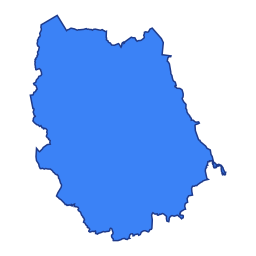 Assin South, Central, Ghana (Natural Earth projection)
{"feature_id": "2480657B73071492710762", "entity_name": "Assin South", "entity_type": "district", "adm_level": 2, "iso_a3": "GHA", "parent_name": "Ghana", "parent_adm1": "Central", "projection": "natural_earth1", "projection_center": [-1.29, 5.529], "detail": "fine", "context": "isolated", "style": "filled", "palette": "blue", "viewbox_px": 256, "rotation_deg": 0, "n_neighbors": 0, "source": "geoboundaries", "source_scale": "gbopen_adm2", "svg_char_len": 5768}
<svg xmlns="http://www.w3.org/2000/svg" viewBox="0 0 256 256"><path d="M106.4,231.5L108.8,231.3L109.8,230.4L109.8,229.3L110.4,228.3L111.0,228.3L111.9,229.0L113.1,232.8L112.8,234.0L111.6,235.2L111.6,236.6L112.0,237.6L113.2,238.9L113.3,239.4L113.1,240.1L113.3,240.6L118.0,240.6L121.3,239.5L122.2,238.8L124.0,238.5L124.8,238.5L125.4,239.1L127.3,239.5L128.2,238.6L129.8,238.3L129.1,237.5L129.9,234.8L130.9,233.9L132.5,233.8L133.0,234.7L133.0,235.8L134.0,235.7L134.9,234.6L137.7,234.0L138.3,234.4L138.7,235.3L140.3,234.5L141.3,232.1L143.6,230.8L145.2,230.7L148.2,231.9L148.8,231.6L149.9,229.6L151.4,229.3L151.9,228.3L152.3,219.8L151.6,215.3L152.3,213.4L152.9,212.7L154.5,213.9L155.5,214.1L157.1,213.8L157.3,214.9L157.8,215.2L158.7,215.1L159.6,214.2L160.6,214.4L162.4,213.5L163.6,213.9L166.5,216.3L166.4,218.6L166.9,221.1L168.6,221.7L168.8,221.7L169.2,219.6L169.1,218.7L169.6,217.4L171.4,215.7L172.3,215.6L174.2,216.2L177.3,215.2L178.2,215.6L178.9,216.5L179.5,216.7L181.6,218.8L182.4,218.0L182.9,218.0L183.2,217.5L183.3,216.0L183.1,215.5L182.6,215.3L180.1,215.0L180.1,214.0L179.7,214.0L179.8,213.4L180.5,212.7L180.4,212.1L181.6,211.0L182.6,210.6L184.0,209.5L185.5,209.2L184.7,206.3L185.1,204.0L186.4,202.7L187.6,202.3L187.1,198.5L188.4,196.2L188.7,195.8L192.5,195.1L191.8,191.4L191.6,188.3L192.5,186.2L194.3,186.2L195.6,185.5L196.8,185.6L197.7,184.6L201.1,182.2L202.1,181.8L202.9,181.0L204.8,180.2L208.2,179.4L206.9,178.5L205.3,171.2L205.5,168.8L206.1,168.2L206.1,167.6L206.7,167.2L206.3,166.4L207.0,165.2L207.7,165.2L207.4,164.3L207.9,161.7L209.0,161.7L209.3,161.1L209.7,161.3L209.8,160.8L211.1,161.0L212.3,160.4L212.6,161.8L213.0,161.6L213.1,161.8L212.3,163.0L212.7,163.6L213.1,163.6L212.8,163.9L212.8,164.5L213.6,165.2L213.4,166.3L213.8,167.0L214.5,167.3L214.0,167.7L214.2,167.9L215.9,167.7L216.3,167.4L216.1,166.1L216.4,165.9L217.0,166.4L217.6,165.6L218.1,166.2L219.2,165.6L220.5,165.9L221.5,166.5L221.2,167.9L221.3,169.9L221.6,170.3L221.4,171.0L222.0,172.4L222.4,172.7L222.0,173.3L222.1,173.8L223.2,173.6L222.9,174.7L223.7,174.5L224.2,174.7L224.6,174.3L225.0,174.8L225.5,174.2L225.4,173.4L225.7,172.3L224.8,172.2L223.3,169.1L223.0,167.8L221.3,165.4L218.8,164.3L217.3,164.8L216.9,164.7L215.5,163.8L214.9,162.9L213.5,162.0L212.2,156.5L211.0,154.4L210.3,150.0L207.0,148.3L205.7,146.1L200.2,141.5L200.0,140.4L198.6,139.8L195.4,130.8L195.0,125.3L195.6,124.6L197.8,123.9L199.3,123.1L198.6,121.9L195.9,122.2L194.7,121.6L193.4,120.3L191.9,120.0L191.3,120.2L191.4,118.7L190.5,117.1L189.9,116.8L189.6,115.6L188.1,114.0L187.0,112.1L186.6,109.4L185.7,108.3L185.9,107.6L186.0,104.4L183.7,101.8L182.3,99.1L182.2,98.3L183.0,97.0L183.2,95.1L183.1,93.3L182.2,90.3L181.8,89.6L179.8,88.4L177.1,88.3L176.2,87.5L175.1,86.9L174.9,86.4L175.2,85.7L175.9,85.9L176.2,85.5L175.3,82.3L175.0,81.9L173.6,81.1L173.0,80.1L172.4,78.1L171.9,75.5L170.8,73.6L170.8,72.1L169.4,63.9L168.3,62.0L167.3,61.3L167.3,60.7L167.9,57.8L169.0,56.7L170.7,56.7L171.0,55.9L162.1,54.7L163.3,42.6L161.4,38.6L152.2,28.1L150.0,29.1L148.5,31.8L147.5,32.2L145.6,31.8L144.4,32.3L144.4,33.7L143.7,35.3L144.2,36.4L144.3,37.4L143.8,38.2L141.3,40.2L140.3,40.5L138.5,40.6L137.1,41.3L136.2,40.0L135.7,39.9L135.2,38.1L134.2,37.7L132.9,37.8L131.3,37.2L124.9,41.8L124.4,43.0L123.9,43.4L123.6,42.1L122.5,42.7L122.0,43.5L121.6,46.0L121.0,47.2L119.2,44.3L118.4,43.6L114.2,45.3L111.6,45.0L110.3,43.0L109.4,42.8L108.2,41.9L108.1,41.0L106.4,39.8L106.6,38.0L106.2,37.4L106.4,31.3L106.0,31.5L104.9,31.4L104.3,30.8L103.3,30.5L102.6,29.7L102.1,29.6L100.5,30.3L95.2,29.1L93.4,29.4L92.5,30.2L91.0,29.4L90.1,29.6L88.3,29.1L87.3,29.3L86.3,28.6L83.6,29.4L79.3,29.8L78.6,29.7L77.2,30.2L74.4,28.9L71.2,28.2L70.4,28.4L69.1,29.4L67.8,29.7L66.6,30.7L57.2,15.4L41.2,24.8L40.9,27.4L41.3,28.5L41.3,30.1L39.7,33.5L40.2,35.3L39.7,36.8L38.7,37.4L38.2,39.2L37.5,40.1L37.6,41.7L37.1,43.4L37.5,45.3L37.9,46.1L38.3,46.1L39.3,47.3L38.4,50.8L37.5,52.0L38.0,54.7L37.1,55.4L37.2,56.7L36.1,57.8L35.7,58.7L35.8,59.2L35.1,59.4L35.2,60.8L34.9,61.5L35.3,62.5L35.0,62.9L35.0,64.9L35.4,65.9L35.3,67.3L35.6,67.8L35.8,69.6L36.2,69.8L39.3,68.6L39.9,69.1L40.7,69.9L40.6,70.3L41.4,72.2L41.6,74.6L40.7,75.7L38.8,76.4L38.2,78.0L36.4,79.9L35.7,82.3L33.6,83.4L34.1,84.7L35.9,85.6L37.2,89.1L36.3,89.8L36.3,90.3L35.9,90.6L35.5,91.6L33.8,92.4L33.8,93.0L33.0,94.9L30.3,95.2L32.9,108.5L33.6,108.5L33.9,108.9L33.9,109.9L33.2,111.9L33.3,112.7L33.7,113.2L34.0,114.9L35.1,115.9L35.3,116.5L34.3,116.9L33.4,118.4L33.2,120.5L32.9,120.9L34.4,122.7L36.8,124.7L38.2,125.0L39.6,126.4L40.9,125.6L42.0,127.7L42.9,127.7L43.5,128.9L43.8,129.0L44.4,128.3L45.8,128.6L46.9,129.8L47.2,130.4L46.7,132.2L47.2,133.1L47.2,133.9L46.5,135.6L46.4,136.5L47.4,137.7L48.7,138.6L48.6,139.4L50.2,140.6L49.8,142.4L50.3,144.2L47.3,144.6L43.2,147.5L42.5,148.8L39.6,151.7L38.2,150.6L37.7,149.7L36.5,148.3L36.0,156.7L36.5,160.6L38.7,164.0L39.2,166.4L40.2,168.5L40.8,168.7L42.6,168.3L44.3,169.1L45.7,168.5L47.6,169.0L50.4,169.1L52.4,170.7L53.5,172.4L54.3,172.7L55.2,174.0L56.7,174.8L57.1,174.6L57.9,175.4L58.5,176.7L58.5,178.0L59.4,179.2L60.6,183.3L61.4,184.4L61.5,185.7L61.1,187.4L57.9,192.7L56.5,196.0L57.5,197.0L58.3,197.4L59.2,198.6L61.0,199.7L64.5,203.3L65.2,204.5L66.5,204.5L66.9,205.4L67.5,205.4L68.1,205.0L68.8,205.3L69.3,204.9L70.5,205.2L71.2,205.6L71.4,204.6L72.6,205.7L72.5,204.9L74.5,204.1L74.2,205.2L74.7,206.5L75.2,206.8L75.7,206.5L78.1,207.4L78.6,208.3L78.6,208.9L78.0,209.5L78.4,210.6L80.5,212.1L81.6,215.1L82.8,216.5L83.1,217.5L83.9,218.1L84.5,219.9L84.2,220.0L83.5,222.2L84.9,223.0L86.0,225.0L87.5,226.2L87.3,227.2L87.6,227.6L88.5,227.7L89.5,228.7L89.7,229.6L89.0,230.4L88.8,231.3L90.0,232.1L92.1,231.4L93.2,231.3L93.9,231.6L95.4,231.0L95.6,231.2L95.6,233.5L96.7,233.6L97.0,234.0L97.6,234.1L98.4,233.3L100.7,232.7L103.3,231.5L105.0,231.9L106.4,231.5Z" fill="#3b82f6" stroke="#1e3a8a" stroke-width="1.5"/></svg>